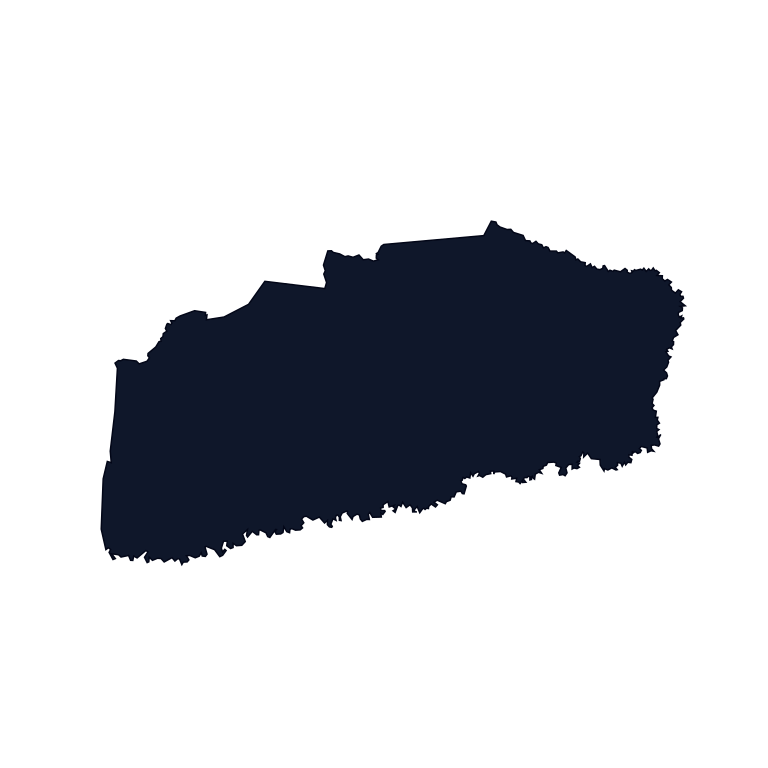 Tala, Entre Ríos, Argentina, rotated 75°
{"feature_id": "61730980B14565124860161", "entity_name": "Tala", "entity_type": "district", "adm_level": 2, "iso_a3": "ARG", "parent_name": "Argentina", "parent_adm1": "Entre Ríos", "projection": "robinson", "projection_center": [-59.248, -32.313], "detail": "fine", "context": "isolated", "style": "filled", "palette": "ink", "viewbox_px": 768, "rotation_deg": 75, "n_neighbors": 0, "source": "geoboundaries", "source_scale": "gbopen_adm2", "svg_char_len": 6123}
<svg xmlns="http://www.w3.org/2000/svg" viewBox="0 0 768 768"><g transform="rotate(75 384 384)"><path d="M524.9,194.0L522.8,193.0L525.0,190.0L524.0,185.7L527.1,182.2L527.1,180.9L524.3,182.2L523.0,179.4L520.3,178.9L521.8,175.7L525.1,175.2L521.7,172.0L524.7,171.5L522.7,168.8L523.9,165.9L521.0,164.2L518.1,166.4L515.7,165.7L517.0,162.9L512.9,161.3L515.1,161.3L514.2,158.9L516.7,157.0L516.5,154.3L514.7,152.6L512.5,154.1L510.9,151.7L513.9,146.4L518.2,147.0L517.6,143.3L518.8,140.8L515.8,142.3L512.4,141.8L512.9,138.4L515.1,134.8L513.3,132.9L508.0,133.1L504.4,129.7L506.4,133.2L506.0,134.3L504.6,132.9L500.4,132.9L499.2,130.2L497.6,132.1L494.1,131.1L493.1,128.1L489.6,129.4L487.1,128.1L486.5,130.5L480.7,128.0L479.0,130.6L476.4,131.4L474.6,128.8L472.2,130.1L468.5,128.1L466.8,128.5L462.5,122.6L456.4,118.0L452.8,117.1L452.3,112.5L451.3,112.1L451.9,109.9L449.6,108.1L446.4,108.2L442.9,110.4L440.7,106.4L436.6,103.5L434.6,103.6L432.1,99.8L430.6,101.8L425.8,103.4L425.9,101.3L423.7,102.1L422.9,99.0L424.7,96.6L422.5,96.8L420.9,94.2L418.1,93.3L417.1,94.5L414.0,92.3L412.5,87.3L407.8,88.5L403.9,82.1L401.3,82.0L398.8,77.6L397.6,77.6L397.2,80.1L395.3,78.9L395.9,81.4L393.3,81.9L391.1,81.0L390.3,76.9L387.7,76.0L385.7,77.8L386.4,72.8L381.1,76.7L378.6,72.5L376.7,72.5L376.0,74.8L374.0,75.0L371.9,72.7L369.2,75.3L371.6,79.0L367.8,82.0L365.1,81.5L361.9,83.3L359.9,80.0L356.4,83.1L357.2,86.1L354.3,88.0L351.5,87.1L349.8,92.3L347.7,89.2L344.7,91.5L344.8,92.9L341.6,93.9L343.4,96.1L343.0,97.8L341.3,98.5L343.1,101.6L339.4,103.0L340.8,105.0L339.5,106.5L339.5,111.3L338.4,112.5L339.6,113.8L338.7,115.5L340.5,115.4L340.9,117.8L338.9,120.2L337.1,119.6L334.8,121.3L336.8,126.6L333.6,132.2L334.5,133.6L332.6,136.3L333.4,138.2L326.7,140.3L326.6,141.7L328.9,142.8L329.4,145.8L328.1,148.7L324.8,150.2L325.4,152.9L321.4,153.5L322.9,157.7L321.6,159.2L318.9,158.2L316.9,162.4L313.4,164.4L313.8,166.5L310.7,166.5L302.2,173.4L304.2,175.6L302.8,176.8L302.3,182.2L300.2,183.1L298.6,189.3L294.6,190.2L293.3,192.0L293.8,194.8L290.3,195.6L288.6,198.7L285.5,200.3L286.8,204.0L285.8,205.6L283.5,206.1L282.1,210.2L276.5,211.2L271.1,219.7L267.4,221.5L266.6,225.2L262.4,231.3L259.5,233.6L256.5,234.0L254.5,238.2L266.5,249.2L249.2,348.1L250.2,351.0L255.5,355.7L256.0,357.4L257.2,356.4L257.3,357.9L260.4,358.9L262.5,357.3L262.6,362.4L259.3,366.6L258.6,371.9L252.9,374.8L253.6,381.1L251.0,385.5L250.9,388.8L246.9,393.1L243.8,398.9L241.7,400.3L240.9,403.8L253.5,411.7L259.4,411.4L262.2,413.7L271.1,413.2L276.5,416.5L254.0,472.5L272.0,494.2L277.9,521.2L276.0,538.9L271.4,537.1L271.5,538.8L268.7,537.8L264.2,548.0L265.5,563.3L266.6,567.7L268.8,569.7L267.6,573.7L270.4,573.2L271.5,574.5L269.6,577.2L270.0,578.2L273.8,580.8L276.8,580.1L278.1,584.1L281.1,585.3L282.3,587.9L284.9,588.1L284.9,590.4L289.2,594.9L293.4,604.0L295.6,604.8L298.0,603.8L300.7,607.1L301.2,615.3L297.7,617.3L292.7,629.4L293.4,632.3L292.6,634.4L294.2,638.4L299.7,637.4L341.1,651.1L378.0,665.8L389.4,667.8L387.2,671.3L402.9,679.8L451.0,694.7L472.0,695.5L470.8,692.6L473.1,690.9L475.5,693.1L483.4,691.2L483.1,688.7L477.5,691.0L480.3,684.5L483.1,682.8L483.5,675.1L488.7,674.4L489.4,672.3L485.4,670.3L488.1,667.5L483.2,657.1L485.1,655.4L489.4,660.2L495.2,659.0L494.9,657.2L490.5,655.6L494.4,653.3L493.7,647.9L494.9,644.5L499.0,642.4L496.9,633.7L500.9,631.8L499.3,628.4L500.2,626.8L506.1,626.0L504.1,624.0L504.9,620.2L503.4,618.0L498.7,619.3L499.4,615.9L503.0,611.3L502.5,607.1L499.7,604.2L503.1,604.1L504.3,601.2L502.6,599.0L495.1,599.1L494.7,597.9L500.2,590.5L508.3,587.3L507.7,584.2L504.0,579.6L502.5,580.6L504.4,583.4L500.5,583.6L494.3,579.7L495.3,576.0L499.5,577.8L503.2,574.8L502.9,572.1L498.8,571.0L502.0,568.4L503.0,563.1L500.3,558.8L492.3,559.5L489.2,553.5L494.7,556.0L496.5,555.4L492.2,549.3L496.7,546.0L497.1,544.2L493.0,542.7L492.8,541.5L497.2,536.5L501.3,535.8L502.7,534.0L496.4,526.4L496.8,525.5L499.0,527.4L501.2,526.9L502.1,522.6L501.3,520.0L496.0,517.7L501.5,516.1L503.2,513.7L500.1,512.5L499.8,510.5L502.3,507.3L503.2,502.7L501.9,499.9L499.4,500.8L497.3,497.4L493.1,498.6L491.4,495.8L491.6,493.2L497.0,487.9L495.8,480.9L502.9,477.4L501.1,473.9L505.2,475.1L507.9,473.7L508.9,471.6L508.1,470.8L505.7,471.7L501.0,468.2L503.3,465.6L500.7,465.6L498.7,464.3L498.4,462.7L501.0,461.6L504.1,462.4L504.8,460.8L500.9,460.6L497.8,457.8L497.1,453.2L497.6,452.1L499.5,453.0L506.6,449.9L504.0,448.2L502.7,443.8L504.1,441.7L508.3,441.8L511.1,440.5L510.3,435.8L511.1,433.2L505.8,432.9L504.4,431.0L509.8,429.5L511.8,421.0L507.9,420.5L509.7,418.9L507.4,415.9L506.4,416.1L505.5,419.7L502.9,419.4L503.0,416.8L500.4,416.1L498.6,410.7L504.1,410.8L503.8,405.5L505.0,407.0L507.9,405.0L508.8,408.1L510.9,406.5L504.9,402.1L504.8,400.8L506.7,399.3L502.9,396.6L509.1,394.6L507.4,390.1L511.1,388.6L515.0,389.4L516.1,385.3L515.4,387.2L513.4,387.4L510.9,383.7L517.6,382.8L514.6,379.1L514.4,377.6L515.8,376.8L515.0,375.0L515.8,373.3L513.9,372.6L512.1,369.5L516.1,366.1L514.5,363.7L511.1,366.3L510.0,362.7L515.5,355.8L513.8,354.2L513.4,350.2L510.3,348.3L511.2,345.5L506.9,342.1L507.4,337.5L510.1,336.7L510.8,335.1L503.9,330.9L502.5,331.2L500.6,334.5L497.5,334.9L497.3,333.5L494.7,331.7L496.2,330.4L495.2,328.2L497.0,325.4L492.1,323.3L496.1,321.9L494.1,320.1L493.0,315.5L495.0,315.0L497.2,317.1L497.1,315.4L499.6,312.7L497.9,309.1L498.2,304.1L495.7,303.8L496.5,300.5L499.4,301.3L497.6,299.7L498.7,294.1L502.5,289.9L505.5,289.7L505.5,285.3L507.0,284.4L508.8,285.2L509.4,280.2L512.4,281.8L513.6,279.2L515.4,278.3L513.2,275.5L515.0,275.6L515.6,272.4L512.0,274.0L510.7,272.6L511.4,270.0L510.4,268.6L511.4,267.1L514.4,267.9L514.4,266.3L511.8,266.2L511.5,264.6L512.9,264.9L514.9,263.2L510.2,261.2L509.3,257.6L511.1,254.8L507.0,256.2L506.7,252.4L504.7,251.5L504.4,248.1L502.2,246.3L503.4,240.1L505.0,238.0L507.2,239.1L510.5,234.4L515.1,238.2L517.5,238.0L517.8,234.5L519.5,232.8L517.2,230.2L512.2,230.2L509.6,226.5L510.3,223.0L514.8,224.3L514.3,222.3L515.7,219.5L515.0,216.8L513.0,218.2L511.1,215.6L509.5,218.0L508.7,216.7L509.3,215.2L506.8,213.7L504.7,214.1L504.3,212.4L501.1,209.6L502.4,208.8L506.2,210.0L503.4,205.2L509.8,203.0L512.8,194.9L518.3,196.1L524.9,194.0Z" fill="#0f172a" stroke="#020617" stroke-width="1.5"/></g></svg>